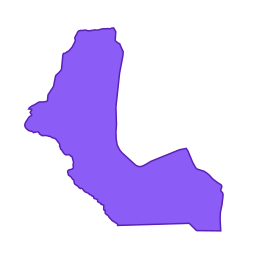 the border of Western Bahr el Ghazal, rotated 6°
{"feature_id": "SDS-873", "entity_name": "Western Bahr el Ghazal", "entity_type": "State", "adm_level": 1, "iso_a3": "SSD", "parent_name": "South Sudan", "parent_adm1": "", "projection": "robinson", "projection_center": [25.577, 8.526], "detail": "fine", "context": "isolated", "style": "filled", "palette": "violet", "viewbox_px": 256, "rotation_deg": 6, "n_neighbors": 0, "source": "natural_earth", "source_scale": "10m", "svg_char_len": 3792}
<svg xmlns="http://www.w3.org/2000/svg" viewBox="0 0 256 256"><g transform="rotate(6 128 128)"><path d="M31.5,141.3L31.2,141.3L29.6,140.9L28.9,140.6L27.7,139.8L26.5,138.8L25.5,137.5L25.0,136.0L25.2,134.3L25.8,132.5L28.3,127.7L28.8,127.1L30.6,125.7L30.9,125.2L30.7,124.6L29.5,123.5L29.1,122.8L29.3,122.0L30.2,120.7L30.3,119.9L29.4,119.4L27.7,119.5L27.3,119.5L27.5,119.2L27.6,118.5L27.9,118.1L30.5,115.8L31.9,115.1L36.8,111.5L37.9,111.3L42.0,110.8L44.2,110.0L44.7,109.7L45.0,109.3L45.0,103.8L45.0,103.5L45.3,102.7L49.4,94.8L49.6,94.3L49.6,94.0L50.5,84.2L50.8,83.2L51.2,82.6L52.5,81.3L55.3,77.7L55.6,76.5L55.7,75.9L55.6,62.2L55.8,61.1L56.0,60.8L56.1,60.6L56.3,60.5L56.7,60.5L57.2,60.4L57.6,60.2L58.0,59.9L59.6,58.5L61.2,57.4L61.8,56.6L63.0,54.7L63.6,54.0L64.0,53.4L64.4,52.5L64.7,51.6L65.8,48.8L66.3,47.3L66.4,47.0L66.4,46.6L66.4,46.4L66.2,45.8L65.9,44.8L65.8,44.6L65.7,44.0L65.7,43.6L65.9,43.0L68.1,37.5L68.6,36.9L68.9,36.6L69.2,36.4L69.9,36.2L70.6,35.9L71.1,35.8L72.2,35.9L72.7,35.8L73.8,35.3L74.1,35.3L74.6,35.4L74.9,35.3L75.3,35.1L75.7,35.1L76.0,35.0L76.5,35.1L76.8,35.2L77.2,35.4L77.5,35.5L77.8,35.6L78.0,35.6L78.3,35.5L78.7,35.3L79.0,35.3L79.5,35.4L80.0,35.4L80.8,34.9L81.1,34.8L81.6,34.8L81.9,34.7L82.4,34.7L82.9,34.5L83.3,34.3L84.0,34.0L84.5,33.9L85.1,33.9L86.9,33.9L87.4,33.8L88.0,33.7L91.5,32.3L93.4,31.8L93.7,31.7L95.2,31.7L96.2,31.5L96.9,31.3L97.2,31.2L99.0,31.3L99.4,31.3L99.8,31.2L100.7,30.6L102.8,30.0L103.3,30.0L105.4,32.9L105.6,33.3L105.7,33.6L105.8,33.8L106.1,41.8L106.1,42.1L106.3,42.4L106.6,42.7L106.9,43.0L108.6,44.1L109.2,44.5L110.5,44.9L110.9,45.2L111.1,45.4L111.3,45.8L114.1,50.8L114.6,51.6L115.2,52.3L115.4,56.6L113.9,74.3L113.8,108.4L116.2,125.9L116.4,133.0L117.4,140.1L119.0,146.0L121.8,150.4L124.4,153.1L139.4,164.1L141.3,164.9L142.8,165.2L144.1,165.1L145.2,164.8L146.4,164.3L149.2,162.6L154.2,158.8L181.6,144.2L188.0,142.2L190.0,144.6L196.0,155.6L198.8,159.6L199.9,160.8L200.5,161.3L201.4,161.7L208.3,163.1L210.5,164.2L213.8,166.4L217.6,169.8L223.4,173.3L225.3,174.1L226.8,175.0L227.4,176.2L227.3,177.6L226.9,178.9L226.7,179.9L227.0,180.9L228.8,182.5L229.4,183.8L229.6,185.8L229.5,194.2L228.7,202.3L229.1,208.8L231.0,220.6L207.8,222.8L207.2,222.8L206.6,222.6L206.2,222.3L198.8,216.4L129.1,225.8L127.9,226.0L127.9,224.9L125.6,223.5L123.0,222.3L121.4,221.4L120.6,220.5L118.8,219.1L117.3,217.1L116.6,216.7L115.8,216.5L114.8,215.7L114.3,215.1L114.1,214.5L114.1,214.0L113.9,213.3L113.9,213.0L113.9,212.7L114.0,212.4L113.8,212.2L113.5,212.2L113.2,212.3L112.9,212.3L112.7,212.1L112.2,211.0L112.1,208.3L111.8,207.1L109.8,206.9L109.2,206.8L109.1,206.4L109.1,206.1L108.8,205.7L108.4,205.5L107.4,205.3L107.0,205.2L105.5,204.3L105.3,203.8L105.2,202.8L105.0,202.4L104.3,202.0L102.2,201.8L101.5,201.5L101.1,200.7L101.1,200.0L100.9,199.6L99.7,199.5L99.2,199.4L98.5,198.6L98.1,198.3L97.2,198.3L96.8,198.2L95.7,197.2L94.8,196.8L92.0,196.0L91.3,195.6L89.3,193.5L88.6,193.0L87.8,192.8L87.0,193.2L85.8,192.6L84.0,191.0L81.4,189.6L80.8,189.1L80.3,188.3L80.1,187.6L79.8,186.1L79.4,185.4L79.1,185.1L78.4,184.9L78.0,184.6L77.8,184.3L77.3,183.5L77.0,183.1L76.4,182.6L73.7,181.0L72.7,178.4L72.5,177.6L72.6,177.0L73.5,175.9L76.5,174.8L77.6,173.7L77.8,172.8L77.6,172.1L77.4,171.3L77.2,170.6L77.4,168.3L77.3,167.6L77.1,166.7L76.4,165.3L75.9,163.7L75.5,162.9L74.9,162.2L73.8,161.8L73.5,161.5L73.3,161.2L72.9,161.0L71.8,160.8L71.2,160.8L69.8,161.1L69.1,161.2L67.7,160.6L66.4,159.4L64.2,156.6L63.8,156.4L63.4,156.1L63.1,155.8L62.9,155.4L62.8,154.5L61.9,153.4L61.8,151.5L61.3,150.7L57.4,146.6L55.9,145.9L53.3,145.5L51.9,144.6L50.9,144.5L50.1,144.5L47.5,144.0L44.3,144.5L42.9,144.5L41.4,143.5L41.0,143.4L40.6,143.1L40.4,142.8L40.2,142.3L39.1,141.2L37.6,141.4L34.6,142.5L34.4,142.4L33.6,141.7L33.3,141.5L33.0,141.4L32.3,141.4L31.5,141.3Z" fill="#8b5cf6" stroke="#5b21b6" stroke-width="1.5"/></g></svg>